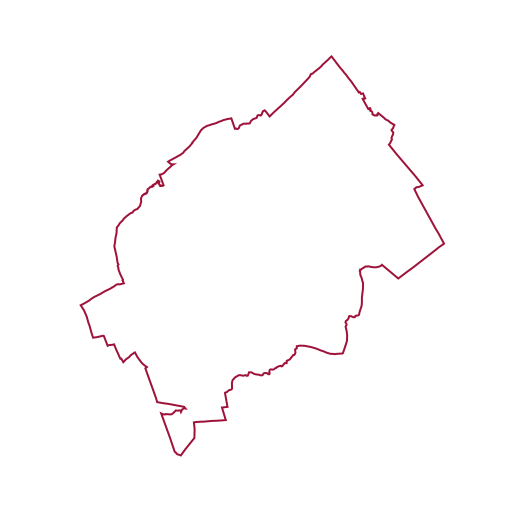 outline of Scornicesti, Olt, Romania, rotated 251°
{"feature_id": "2599482B90884905800424", "entity_name": "Scornicesti", "entity_type": "district", "adm_level": 2, "iso_a3": "ROU", "parent_name": "Romania", "parent_adm1": "Olt", "projection": "equal_earth", "projection_center": [24.55, 44.575], "detail": "fine", "context": "isolated", "style": "outline", "palette": "rose", "viewbox_px": 512, "rotation_deg": 251, "n_neighbors": 0, "source": "geoboundaries", "source_scale": "gbopen_adm2", "svg_char_len": 6084}
<svg xmlns="http://www.w3.org/2000/svg" viewBox="0 0 512 512"><g transform="rotate(251 256 256)"><path d="M268.6,436.6L279.3,432.8L305.7,422.4L318.0,417.9L318.9,419.4L322.0,422.5L323.4,422.5L324.9,423.6L326.2,425.1L328.1,426.0L330.5,425.1L330.9,425.1L332.5,427.5L334.4,428.8L334.9,429.5L338.4,426.5L340.9,425.1L341.6,424.3L342.1,423.9L343.2,422.8L344.3,422.4L351.4,418.1L350.6,416.9L349.6,416.8L349.4,416.5L349.4,416.1L350.1,415.0L350.0,414.7L350.0,414.2L350.8,413.3L351.5,412.9L351.8,412.3L352.2,412.2L352.8,412.6L354.1,412.7L355.0,412.5L355.6,412.1L355.8,411.6L356.2,411.3L356.8,411.4L357.5,412.1L358.2,412.2L358.7,412.0L358.8,411.7L358.2,410.8L358.2,410.3L358.4,410.0L369.7,408.0L369.5,409.3L369.9,409.3L369.6,410.5L374.9,410.1L375.0,408.1L377.3,407.5L377.1,406.5L389.9,402.9L394.8,401.1L398.6,400.0L400.3,399.2L403.3,398.2L407.3,396.6L420.1,392.4L419.4,390.5L418.6,389.1L415.2,381.2L414.2,379.7L413.0,376.8L410.7,370.3L410.1,369.2L410.0,368.4L410.2,367.9L410.2,367.4L409.4,366.3L408.3,365.5L407.6,364.5L402.4,354.6L398.3,346.0L396.5,343.4L395.3,340.2L393.3,335.8L391.6,332.5L385.9,319.3L383.5,314.3L389.3,312.4L390.8,311.7L391.0,311.4L390.5,310.1L390.6,309.9L390.5,309.5L389.9,309.1L389.0,308.1L388.3,307.8L387.3,306.4L387.4,306.0L387.8,305.8L387.8,305.2L388.4,304.2L388.5,303.5L388.1,302.9L386.4,301.6L386.3,297.5L385.1,294.9L383.5,293.4L383.5,293.1L383.6,292.2L384.3,290.4L384.2,289.7L385.0,288.0L385.2,286.3L384.8,285.4L384.8,283.7L384.4,283.0L382.6,281.5L382.2,280.7L382.1,279.9L382.2,279.5L383.1,278.6L383.1,277.5L394.2,277.5L394.4,275.6L394.7,274.4L395.1,269.6L394.9,266.9L395.0,264.8L394.7,262.9L394.8,262.6L394.6,262.2L394.7,261.7L394.6,260.8L394.9,257.0L394.8,255.3L395.0,252.3L394.3,248.2L392.8,244.9L386.9,237.8L385.5,235.2L383.9,232.6L383.6,232.7L381.2,228.7L378.7,222.8L377.2,220.6L376.9,219.3L376.4,218.0L374.2,205.3L373.8,203.6L371.8,204.7L370.6,205.6L369.8,206.8L369.5,207.8L369.0,205.6L368.0,203.6L366.3,199.5L364.3,195.8L364.0,193.1L364.3,191.4L353.0,191.6L353.0,191.3L352.8,191.0L353.0,190.9L352.9,190.0L353.1,189.5L353.5,189.2L353.1,188.9L353.3,188.2L354.0,188.2L354.9,187.8L356.1,187.8L357.6,188.8L357.9,188.3L358.8,188.4L359.2,187.7L358.5,187.3L358.3,187.3L358.1,187.0L358.2,186.5L357.7,186.5L357.5,186.2L357.1,185.7L357.3,184.8L356.9,184.4L357.1,184.0L356.6,183.0L356.9,182.3L356.5,181.2L355.4,181.5L355.2,180.5L355.5,179.8L355.4,179.5L355.7,179.3L355.7,178.7L355.6,178.2L354.7,176.8L354.7,176.2L354.4,175.3L354.0,175.2L353.9,174.9L353.3,174.7L353.1,174.4L352.6,174.6L351.6,173.8L351.6,173.4L351.2,173.3L351.3,172.7L350.6,172.1L350.7,171.3L351.1,171.0L351.1,170.6L350.8,170.0L350.4,169.6L350.5,168.8L349.7,167.6L347.6,165.9L344.6,165.1L343.3,164.2L342.8,163.7L341.4,162.9L340.8,162.1L339.9,160.4L339.2,159.6L339.0,159.0L339.1,158.1L338.9,156.1L338.4,154.8L337.5,153.7L337.3,153.4L337.3,151.3L335.8,146.7L334.2,142.9L333.4,142.2L331.4,138.0L329.6,135.8L328.3,133.7L323.1,131.6L318.8,129.0L315.3,127.4L311.3,125.2L300.5,124.0L294.8,122.9L292.7,123.2L292.3,122.5L291.8,122.0L291.1,121.9L289.5,122.1L288.7,121.6L283.2,121.7L276.7,122.5L276.4,121.9L273.2,122.2L273.5,117.9L274.2,116.7L274.4,114.7L273.3,111.3L273.2,109.8L273.0,109.7L272.8,108.8L272.2,104.9L272.0,102.3L270.7,95.9L269.9,89.5L268.9,85.6L268.3,84.1L267.2,78.9L266.5,74.2L260.5,75.7L253.8,76.2L247.5,75.8L244.1,75.9L236.3,75.4L231.8,75.4L231.0,79.4L230.5,84.8L230.3,85.7L230.0,86.1L219.4,86.5L219.6,88.0L218.8,91.4L218.7,93.0L212.5,93.4L203.0,94.3L202.9,94.5L202.8,95.2L198.8,96.0L200.7,99.5L201.7,103.1L202.7,104.7L203.5,106.9L203.8,108.5L204.1,108.9L204.3,110.1L199.0,111.0L192.9,112.9L191.0,113.7L188.6,115.2L186.5,116.7L185.8,114.8L154.8,115.2L150.0,115.0L146.9,120.6L144.8,124.8L137.0,138.6L136.7,139.0L134.8,139.6L135.4,138.6L135.3,137.8L134.8,135.9L134.0,135.1L133.3,134.8L132.9,134.3L134.5,134.4L135.0,133.3L135.1,132.0L136.1,129.9L134.6,127.1L133.8,124.6L134.6,122.1L135.1,121.3L135.5,119.8L136.0,119.2L135.8,118.2L136.4,116.9L138.0,115.1L111.4,115.5L97.3,115.4L96.8,115.9L95.7,116.5L94.9,116.5L94.3,116.9L91.9,120.1L92.0,120.2L96.1,126.0L104.0,138.5L112.3,141.6L118.9,143.1L118.6,145.1L116.8,151.6L116.6,151.8L114.5,160.3L112.4,167.4L110.7,174.0L123.8,174.5L122.6,179.9L136.6,182.1L136.8,182.2L136.9,184.3L137.9,186.7L137.7,188.5L138.0,189.6L138.4,190.2L143.8,191.9L145.6,193.0L146.4,193.7L148.1,196.9L148.9,201.0L148.3,202.7L147.0,204.8L146.7,207.5L145.7,208.2L145.6,209.4L148.3,211.5L147.5,213.8L144.9,216.1L143.6,218.3L143.0,219.9L141.9,221.1L141.2,222.8L141.3,223.6L142.2,224.6L142.6,225.5L142.4,226.4L141.8,228.1L140.3,229.1L139.9,229.8L140.2,230.5L141.2,230.8L141.8,230.7L142.6,231.1L143.3,231.5L143.9,232.1L144.0,233.0L143.1,235.0L143.0,235.8L143.2,236.6L143.6,237.4L143.6,238.8L144.1,239.3L144.0,240.1L144.3,241.1L144.3,241.6L144.2,243.4L144.1,243.8L143.4,244.0L143.3,245.1L144.6,246.9L145.4,248.3L144.7,250.0L145.5,250.5L146.8,250.8L147.0,251.4L147.0,252.9L147.3,254.5L148.8,256.6L149.2,257.5L150.2,258.8L150.2,259.2L150.0,259.8L150.3,260.5L151.9,261.9L154.7,262.4L155.1,262.9L155.2,264.0L155.3,264.4L157.3,265.1L157.5,265.3L157.2,266.1L157.0,268.2L155.3,272.7L152.0,278.4L149.2,282.4L145.3,286.9L144.0,288.7L141.5,291.4L139.0,295.0L138.5,296.8L137.5,298.5L137.4,299.7L135.7,305.8L135.8,306.5L140.5,310.2L146.0,314.3L151.1,316.3L155.6,317.3L160.0,317.7L160.5,318.1L160.9,318.8L161.3,319.2L162.2,319.4L164.1,319.0L164.8,319.4L165.3,319.9L165.9,321.8L166.9,323.1L168.8,324.6L168.8,324.9L168.0,326.4L166.6,327.9L166.1,328.7L166.1,329.2L166.1,329.6L166.8,330.1L167.0,330.8L167.0,331.4L166.5,333.0L166.9,334.3L169.2,335.6L174.6,339.7L177.6,341.0L182.5,342.7L189.6,346.2L195.3,348.3L196.0,348.5L197.2,348.4L201.1,348.7L203.9,348.5L205.1,348.7L207.0,349.3L208.2,349.2L209.1,350.0L208.7,350.3L209.2,351.2L209.8,353.5L210.4,356.2L210.3,356.7L209.7,358.0L209.8,358.4L209.5,359.2L207.8,361.9L206.5,364.9L206.1,366.5L205.9,368.8L206.0,371.0L206.7,372.2L188.4,383.2L191.8,393.5L194.3,401.6L203.4,428.2L204.8,432.0L206.4,437.8L218.0,435.9L223.6,434.7L259.3,428.5L267.8,427.5L268.3,429.1L268.8,430.0L268.3,432.4L268.5,435.9L268.6,436.6Z" fill="none" stroke="#9f1239" stroke-width="2"/></g></svg>